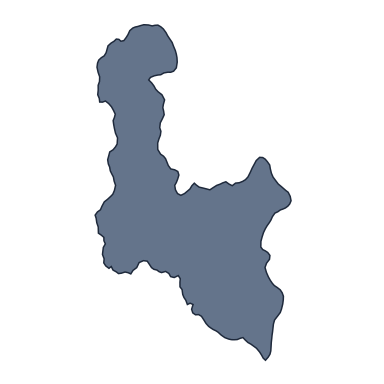 outline of Japonvar, Minas Gerais, Brazil, rotated 2°
{"feature_id": "56859067B29398843166976", "entity_name": "Japonvar", "entity_type": "district", "adm_level": 2, "iso_a3": "BRA", "parent_name": "Brazil", "parent_adm1": "Minas Gerais", "projection": "equal_earth", "projection_center": [-44.329, -15.933], "detail": "fine", "context": "isolated", "style": "filled", "palette": "slate", "viewbox_px": 384, "rotation_deg": 2, "n_neighbors": 0, "source": "geoboundaries", "source_scale": "gbopen_adm2", "svg_char_len": 3583}
<svg xmlns="http://www.w3.org/2000/svg" viewBox="0 0 384 384"><g transform="rotate(2 192 192)"><path d="M271.3,357.6L273.9,354.4L275.6,351.4L276.3,348.1L276.4,344.5L276.5,339.6L276.8,335.7L277.0,332.4L277.4,328.9L277.7,324.8L278.0,321.1L279.0,317.0L281.9,313.0L284.4,309.4L285.5,306.0L286.6,300.7L287.0,296.5L287.0,293.0L285.6,289.5L283.6,286.7L280.7,284.6L277.5,282.6L275.5,280.5L273.5,277.8L271.3,274.2L269.2,269.8L267.6,264.9L269.0,260.5L271.8,256.6L272.1,252.7L269.8,249.8L267.0,248.1L264.7,247.1L262.7,244.6L262.6,239.0L263.6,234.6L264.9,230.0L266.6,226.1L268.3,223.0L270.3,220.0L271.9,217.2L273.2,213.9L275.6,210.2L278.4,208.8L281.0,206.8L283.4,205.9L285.9,204.7L288.3,202.8L290.1,200.5L291.3,197.3L290.3,192.9L288.1,188.9L285.8,187.3L283.6,185.5L281.0,183.4L277.9,181.0L274.9,177.3L272.5,174.3L270.7,170.5L269.5,166.2L268.7,162.3L266.2,159.0L264.0,156.6L261.5,155.1L258.4,155.0L255.1,158.3L252.9,162.8L251.3,166.0L249.6,170.2L247.4,175.0L245.0,177.8L242.3,179.6L238.9,181.1L235.2,181.6L232.0,184.3L228.6,182.7L225.5,180.6L222.4,181.8L219.8,183.2L216.5,184.5L212.7,187.1L209.8,189.2L206.8,188.5L203.1,187.7L199.0,186.9L196.1,184.9L194.0,183.1L191.7,185.7L189.8,189.1L187.5,191.2L184.6,193.8L181.0,195.7L177.6,194.1L175.4,190.4L174.5,186.0L176.0,183.1L177.2,179.7L178.3,175.5L177.1,172.0L173.9,170.4L170.0,169.7L167.4,166.4L165.9,163.0L164.4,159.6L162.3,157.2L159.3,155.3L156.3,150.7L156.0,144.2L157.2,139.8L158.4,136.4L158.8,132.4L157.5,128.9L157.9,124.0L159.8,119.9L161.5,115.8L160.8,112.0L159.9,108.8L160.3,105.6L161.4,100.9L158.6,95.9L154.6,93.0L152.1,90.5L150.3,87.4L147.9,84.4L144.8,81.5L146.5,78.9L150.2,77.2L153.7,76.3L156.7,75.9L159.7,74.0L163.8,73.1L166.5,73.1L169.4,71.9L172.0,68.5L172.7,62.7L172.3,58.3L171.5,54.7L170.4,51.2L168.6,47.3L166.9,43.2L164.2,39.5L162.2,36.7L160.5,33.7L157.7,30.1L155.1,28.0L152.1,26.4L149.1,26.7L146.4,27.4L142.7,26.6L138.0,26.5L134.8,27.5L131.9,28.5L129.5,29.1L127.1,30.2L124.2,32.9L122.5,37.0L120.7,40.1L118.6,43.1L115.7,43.8L113.6,42.0L111.0,41.8L108.9,44.0L105.9,46.0L103.0,48.8L102.1,52.5L101.3,55.8L99.5,59.0L96.6,61.0L94.2,63.4L93.1,66.5L92.7,70.6L94.0,75.7L95.7,80.1L95.7,84.8L94.5,88.6L94.7,93.5L94.4,98.1L96.1,101.8L96.6,105.3L99.5,105.3L102.3,104.1L105.6,106.5L108.6,109.7L110.8,113.4L112.6,116.9L111.8,120.4L110.7,123.4L111.3,126.9L112.2,131.0L113.5,135.9L115.7,140.5L115.5,146.7L113.8,149.8L111.6,152.6L108.4,154.8L107.5,158.8L106.6,162.7L107.4,166.9L108.8,169.9L109.6,173.7L111.3,176.9L112.9,179.7L113.8,183.8L115.4,188.0L114.4,193.2L112.9,197.0L111.0,199.1L107.9,202.2L104.7,204.9L102.5,209.4L101.1,213.0L98.2,215.2L96.0,218.5L97.1,221.5L97.9,226.0L99.5,230.2L99.9,236.4L102.9,238.3L105.5,240.4L105.7,243.8L107.2,246.9L105.3,250.5L105.0,254.0L104.7,257.5L106.5,261.8L106.3,265.9L108.4,268.9L111.7,271.2L113.9,269.3L115.8,272.8L119.2,274.5L121.4,276.1L124.3,275.6L127.9,274.3L131.0,274.9L133.7,276.0L135.8,272.4L139.4,269.5L141.6,264.4L145.9,262.3L149.7,262.7L152.3,266.3L154.2,269.0L156.6,270.6L159.6,271.2L161.9,272.8L164.4,273.6L168.4,272.3L171.7,274.2L173.6,277.3L177.2,278.1L181.2,276.0L183.3,279.1L183.1,282.6L183.3,287.2L185.5,289.9L186.3,294.7L187.7,297.8L189.6,300.4L191.3,304.6L194.0,303.2L197.0,304.4L195.7,309.2L197.0,312.8L199.8,314.6L202.9,314.3L205.8,315.9L208.0,319.0L210.6,322.9L213.3,325.7L215.5,327.2L218.0,328.7L220.6,329.8L222.8,331.1L226.2,334.0L229.9,336.4L233.8,337.7L236.5,338.2L239.1,338.2L242.3,337.9L245.4,336.5L248.0,335.7L250.4,338.1L253.2,340.5L256.0,341.9L258.4,343.5L261.9,345.9L265.2,349.6L267.3,352.7L269.0,355.6L271.3,357.6Z" fill="#64748b" stroke="#1e293b" stroke-width="1.5"/></g></svg>